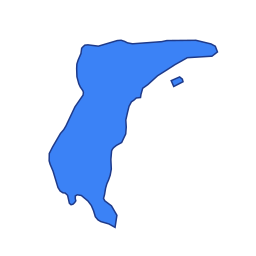 map outline of Ōsaka (Albers equal-area conic projection), rotated 192°
{"feature_id": "JPN-1852", "entity_name": "Ōsaka", "entity_type": "Urban Prefecture", "adm_level": 1, "iso_a3": "JPN", "parent_name": "Japan", "parent_adm1": "", "projection": "albers", "projection_center": [135.469, 34.636], "detail": "fine", "context": "isolated", "style": "filled", "palette": "blue", "viewbox_px": 256, "rotation_deg": 192, "n_neighbors": 0, "source": "natural_earth", "source_scale": "10m", "svg_char_len": 1296}
<svg xmlns="http://www.w3.org/2000/svg" viewBox="0 0 256 256"><g transform="rotate(192 128 128)"><path d="M56.3,221.0L60.8,215.7L84.6,209.1L95.4,199.6L101.1,193.9L109.9,185.3L117.6,174.6L121.9,169.9L122.3,163.5L122.1,160.4L126.1,159.1L128.0,156.5L130.1,154.3L131.5,149.5L131.7,143.5L131.8,135.3L129.9,128.5L129.0,121.7L131.2,112.5L135.7,108.6L137.9,105.9L138.4,105.0L138.8,104.1L139.3,102.3L138.2,93.6L135.8,84.4L135.6,78.2L136.2,73.3L137.1,69.0L137.4,64.6L137.1,57.9L137.3,54.0L135.5,51.9L128.0,48.4L120.7,40.3L120.0,28.1L126.8,30.2L135.1,30.8L138.3,31.9L141.5,34.4L144.5,39.9L147.7,44.5L151.9,48.2L159.6,52.3L163.8,52.1L165.4,50.6L164.9,48.0L163.9,45.9L164.7,43.9L166.0,42.0L167.8,41.1L169.7,42.2L173.1,49.6L175.9,51.3L178.3,51.1L181.3,52.3L184.1,55.2L192.4,70.3L196.6,76.3L198.3,79.5L199.7,86.7L197.8,93.8L192.9,108.7L190.5,113.0L189.1,117.2L184.3,137.6L178.8,150.8L179.0,153.5L179.9,155.1L183.1,158.1L185.3,161.0L188.6,167.5L190.6,175.5L191.3,179.9L190.9,184.0L189.5,191.0L189.9,196.4L188.7,198.4L187.4,200.1L184.5,201.0L174.0,201.9L156.7,211.3L153.0,212.4L149.3,212.0L146.3,211.2L141.1,211.3L112.9,219.5L108.2,221.6L79.8,227.9L64.3,227.5L59.6,226.1L56.3,221.0ZM83.8,184.7L91.9,178.1L95.6,183.3L88.1,188.7L85.0,187.1L83.8,184.7Z" fill="#3b82f6" stroke="#1e3a8a" stroke-width="1.5"/></g></svg>